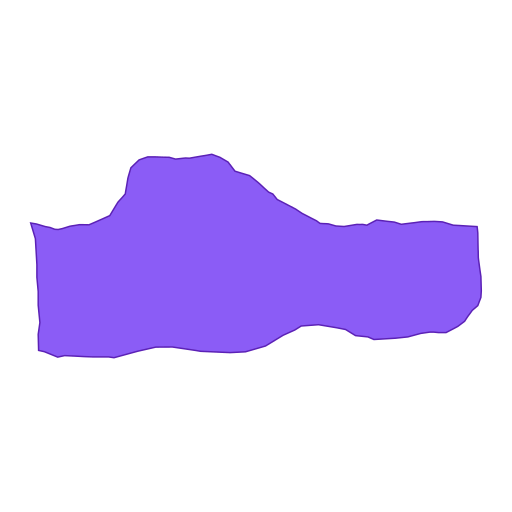 outline of Obi, Nassarawa, Nigeria
{"feature_id": "59680162B90915593246984", "entity_name": "Obi", "entity_type": "district", "adm_level": 2, "iso_a3": "NGA", "parent_name": "Nigeria", "parent_adm1": "Nassarawa", "projection": "mercator", "projection_center": [8.77, 8.367], "detail": "fine", "context": "isolated", "style": "filled", "palette": "violet", "viewbox_px": 512, "rotation_deg": 0, "n_neighbors": 0, "source": "geoboundaries", "source_scale": "gbopen_adm2", "svg_char_len": 2357}
<svg xmlns="http://www.w3.org/2000/svg" viewBox="0 0 512 512"><path d="M433.7,332.1L438.7,332.6L446.0,332.6L453.5,328.7L457.8,326.4L459.4,325.2L464.6,321.3L467.0,317.6L468.4,315.6L470.5,312.8L472.2,310.4L476.3,306.9L477.8,305.6L479.4,301.3L480.9,297.4L481.3,290.8L481.1,283.8L480.9,276.5L480.0,270.4L478.5,259.3L478.3,257.4L478.2,251.0L478.1,249.9L477.9,238.8L477.8,233.0L477.5,229.9L477.1,226.6L470.4,226.2L465.3,225.9L459.2,225.5L453.3,225.2L442.9,222.0L442.4,221.9L441.1,221.8L437.8,221.6L434.4,221.4L430.7,221.5L427.7,221.6L423.6,221.6L421.5,221.7L418.6,222.1L413.5,222.8L411.6,223.0L408.5,223.4L405.9,223.7L401.3,224.3L394.4,222.1L391.8,221.8L390.0,221.6L387.1,221.3L383.1,220.8L376.7,220.0L369.0,224.0L366.9,225.2L362.7,224.4L359.7,224.5L356.9,224.4L352.6,225.1L349.6,225.6L346.6,226.1L344.1,226.5L335.9,226.0L330.3,224.4L328.6,223.9L326.2,223.7L323.1,223.6L320.0,223.4L316.5,220.8L310.8,217.9L306.2,215.5L302.1,213.4L297.3,210.2L295.7,209.1L293.0,207.7L281.3,201.6L277.2,199.5L272.8,194.0L268.6,192.1L264.2,188.1L262.3,186.3L259.7,183.9L258.2,182.6L253.0,178.3L249.6,175.6L240.9,173.0L235.0,171.2L231.5,166.6L230.1,164.7L229.8,164.4L229.4,163.9L228.1,162.1L223.3,159.3L219.9,157.3L216.3,156.0L211.8,154.3L209.1,154.8L207.0,155.2L204.0,155.7L200.8,156.2L193.9,157.4L189.4,158.2L187.2,158.1L185.7,158.0L182.6,158.3L175.6,159.1L169.2,157.3L163.4,157.2L160.4,157.1L158.4,157.0L155.3,156.9L153.3,156.9L150.5,156.9L147.7,156.9L143.9,158.2L139.1,159.9L134.4,164.4L130.9,167.8L128.6,175.6L127.9,178.2L126.7,185.5L125.6,191.8L125.4,193.2L125.3,193.9L122.1,197.6L119.7,200.2L118.0,202.1L116.2,205.0L112.4,211.3L109.8,215.6L102.7,218.8L98.6,220.6L94.8,222.3L89.2,224.7L89.0,224.8L82.6,224.7L79.3,224.7L74.5,225.5L71.2,226.0L70.7,226.1L69.7,226.3L62.3,228.6L58.2,229.5L54.8,229.3L50.1,227.5L45.3,226.6L36.5,224.0L30.7,223.0L35.4,238.7L36.9,264.7L36.9,277.4L38.2,291.5L38.2,305.2L39.9,322.6L38.2,334.3L38.6,350.4L44.4,351.7L57.7,357.1L64.6,355.6L75.3,356.1L84.3,356.6L92.6,356.9L108.5,356.9L109.9,357.1L114.0,357.7L137.8,351.2L155.8,347.1L172.4,347.0L190.7,349.7L196.0,350.5L200.6,351.3L230.2,352.6L245.5,351.8L265.5,346.0L283.2,335.2L294.8,330.0L301.2,326.0L305.2,325.7L318.5,324.7L337.0,327.8L345.6,329.5L355.5,335.6L367.9,336.9L373.9,339.5L395.5,338.2L407.9,336.9L420.8,333.4L429.9,332.1L433.7,332.1Z" fill="#8b5cf6" stroke="#5b21b6" stroke-width="1.5"/></svg>